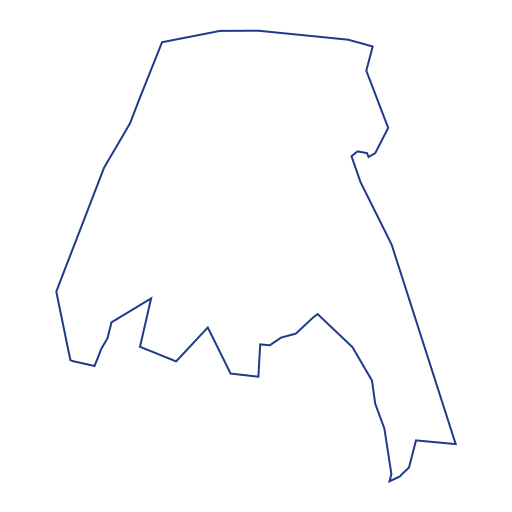 Miquihuana, Tamaulipas, Mexico
{"feature_id": "50627088B38800884895264", "entity_name": "Miquihuana", "entity_type": "district", "adm_level": 2, "iso_a3": "MEX", "parent_name": "Mexico", "parent_adm1": "Tamaulipas", "projection": "albers", "projection_center": [-99.777, 23.588], "detail": "fine", "context": "isolated", "style": "outline", "palette": "blue", "viewbox_px": 512, "rotation_deg": 0, "n_neighbors": 0, "source": "geoboundaries", "source_scale": "gbopen_adm2", "svg_char_len": 928}
<svg xmlns="http://www.w3.org/2000/svg" viewBox="0 0 512 512"><path d="M138.8,100.5L130.1,123.2L122.1,136.9L104.1,167.6L79.7,231.0L71.2,252.9L67.1,263.6L66.9,264.0L56.3,291.6L60.2,310.7L68.4,350.6L70.4,360.1L72.3,361.0L94.5,366.0L98.4,356.4L101.2,349.0L107.5,338.2L111.5,322.3L151.1,298.4L140.0,346.8L176.1,361.4L207.8,327.5L230.6,373.6L233.0,373.9L235.2,374.1L258.4,376.7L260.2,344.4L269.8,345.3L281.1,337.6L295.9,333.6L313.0,317.6L317.6,314.1L352.5,347.2L372.0,380.6L375.2,403.6L384.4,428.6L391.4,474.2L389.5,481.3L399.9,476.4L401.2,475.0L402.5,473.7L409.0,467.5L416.0,440.4L455.7,444.1L391.6,244.5L360.5,182.1L351.5,156.2L357.5,151.4L367.0,153.1L368.6,156.9L375.2,153.2L388.2,127.9L366.3,70.7L372.7,46.5L372.6,46.4L368.0,45.2L367.1,44.9L348.1,39.7L320.4,36.9L282.1,33.1L258.3,30.7L237.9,30.8L224.1,30.9L220.0,30.9L189.4,36.9L182.1,38.3L162.1,42.2L161.4,43.9L138.8,100.5Z" fill="none" stroke="#1e3a8a" stroke-width="2"/></svg>